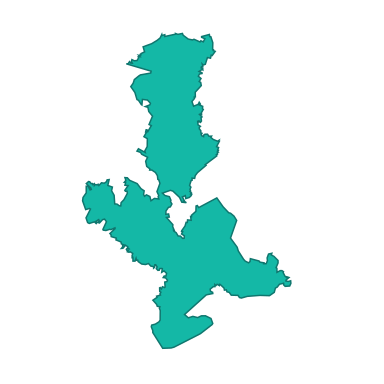 the district of Tantima, Veracruz, Mexico, rotated 276°
{"feature_id": "50627088B30686520493878", "entity_name": "Tantima", "entity_type": "district", "adm_level": 2, "iso_a3": "MEX", "parent_name": "Mexico", "parent_adm1": "Veracruz", "projection": "mercator", "projection_center": [-97.751, 21.414], "detail": "fine", "context": "isolated", "style": "filled", "palette": "teal", "viewbox_px": 384, "rotation_deg": 276, "n_neighbors": 0, "source": "geoboundaries", "source_scale": "gbopen_adm2", "svg_char_len": 6087}
<svg xmlns="http://www.w3.org/2000/svg" viewBox="0 0 384 384"><g transform="rotate(276 192 192)"><path d="M108.7,299.0L111.5,299.9L114.0,299.4L113.1,297.1L113.3,294.7L114.3,294.7L117.1,297.4L117.6,295.2L116.9,295.1L118.1,293.2L121.5,291.0L122.3,291.3L123.2,289.7L123.0,287.9L121.0,284.9L125.0,284.4L125.5,283.5L130.4,285.0L132.9,284.7L136.5,280.3L137.7,277.4L139.4,277.8L138.3,274.6L134.3,273.6L131.5,274.2L128.4,273.2L128.2,270.8L129.1,271.0L129.3,267.0L130.4,265.9L131.8,257.0L128.9,257.0L127.5,255.7L128.8,252.2L130.5,250.3L138.2,244.2L141.8,242.7L150.2,235.1L168.4,239.4L172.4,236.3L174.9,232.6L175.2,230.7L180.5,224.5L188.7,217.3L177.2,200.3L179.1,198.7L178.5,197.5L173.2,197.9L168.8,193.9L167.4,194.1L167.4,193.2L163.8,194.1L163.8,190.5L161.2,190.5L161.2,189.3L157.4,188.6L152.4,185.8L151.7,185.7L151.5,186.9L149.2,186.0L147.6,189.0L145.1,189.0L144.9,187.5L146.9,185.1L146.8,182.8L149.9,180.5L151.3,177.9L152.0,177.6L152.1,178.3L155.5,176.4L157.5,176.4L164.0,169.3L164.7,172.0L167.7,171.0L167.1,168.3L170.4,168.1L174.3,170.2L174.9,172.0L178.0,173.3L180.1,171.7L181.6,171.9L185.0,170.0L185.7,165.4L187.8,162.7L191.4,170.3L190.9,172.9L185.3,180.2L180.8,182.9L180.8,187.5L182.2,184.8L182.5,185.3L186.1,182.9L187.7,185.7L184.8,186.5L186.3,189.9L188.2,191.5L189.7,192.0L189.9,190.8L191.0,191.5L192.3,189.9L192.8,190.5L194.5,189.7L196.7,190.4L198.3,188.9L203.2,189.9L203.7,190.9L205.8,190.6L205.8,193.2L208.6,193.5L211.8,195.4L220.0,203.2L220.6,202.3L230.5,212.9L231.7,212.3L232.3,213.4L234.1,213.1L234.4,213.9L235.1,213.1L236.3,213.9L236.6,213.1L239.0,213.8L239.6,211.7L245.3,213.9L245.3,213.0L246.1,213.3L245.2,212.1L246.5,207.6L248.3,205.0L249.6,205.6L249.2,203.0L251.1,201.4L250.8,198.8L249.7,197.6L248.3,197.7L248.9,195.9L250.1,195.1L251.4,195.8L251.6,194.7L254.0,194.3L255.5,192.7L257.0,192.5L258.2,193.5L259.4,191.0L262.6,190.3L262.4,191.3L263.3,191.1L263.3,191.9L262.2,193.2L263.6,194.0L266.9,193.2L267.7,194.1L270.0,191.3L270.6,192.4L270.2,193.4L271.9,193.1L275.3,194.6L275.9,193.7L278.3,193.7L279.4,190.0L280.4,191.1L282.0,189.8L279.8,189.0L277.5,184.6L282.0,182.5L285.3,184.7L286.6,184.3L286.9,185.4L291.6,184.8L298.8,190.1L301.9,189.2L302.6,187.6L305.8,189.1L307.8,186.2L310.1,187.1L310.9,189.6L311.6,189.5L312.6,186.4L314.9,189.2L314.5,190.0L315.9,189.8L316.4,188.1L317.5,188.3L317.7,189.7L320.2,188.9L319.4,189.8L320.4,191.9L327.3,193.3L327.0,196.4L330.1,196.8L329.8,197.8L334.3,200.4L334.9,198.3L335.7,198.5L336.1,197.6L342.6,197.1L348.4,194.5L348.4,193.4L350.5,192.8L347.6,185.3L346.8,185.4L345.8,188.8L342.5,187.5L343.3,185.0L342.1,184.3L344.1,178.0L343.3,176.6L343.7,172.3L347.0,166.8L348.7,165.9L347.3,161.5L347.9,159.1L347.3,159.3L343.8,148.7L345.6,148.5L344.5,145.8L345.5,145.5L341.9,144.2L339.2,141.5L335.3,136.4L331.3,128.2L326.4,130.2L324.4,126.9L322.9,126.7L323.3,126.1L322.2,125.7L322.3,124.8L321.1,126.2L320.9,124.4L319.7,124.8L317.0,123.6L316.5,120.9L317.4,118.4L315.4,118.1L313.9,119.1L313.9,117.4L315.1,116.2L312.9,115.1L312.6,113.3L307.9,138.7L306.0,138.5L303.1,128.5L301.9,127.0L297.8,122.9L294.0,122.1L290.4,120.1L285.0,124.8L278.2,127.6L277.6,129.2L273.7,132.4L273.3,133.1L278.9,133.0L278.8,138.1L275.9,141.4L274.3,141.0L272.1,136.7L271.6,139.3L267.5,140.6L263.3,144.8L254.6,142.2L253.8,144.6L247.6,141.8L249.1,140.8L249.1,139.9L246.8,139.6L246.8,140.5L242.0,138.4L240.4,142.0L232.5,142.7L228.0,140.8L226.4,141.4L229.4,134.2L226.9,133.0L226.0,136.7L224.3,138.0L221.9,144.2L217.7,142.7L212.7,144.3L210.6,147.7L209.4,147.6L209.6,149.8L207.6,153.6L204.6,155.9L201.0,156.7L200.7,157.6L197.3,159.2L188.7,157.1L185.0,159.3L183.8,158.8L181.6,159.7L181.7,155.3L179.0,152.1L183.1,150.6L184.4,147.0L182.8,145.2L184.5,144.1L188.2,144.3L190.0,140.9L194.6,136.6L197.1,128.8L199.4,126.2L199.3,123.8L196.7,125.0L194.6,123.7L194.7,125.0L191.7,124.6L191.7,127.8L186.6,125.0L185.8,125.7L186.0,127.4L183.8,127.8L177.2,125.1L174.0,122.6L170.7,122.6L170.7,121.1L172.1,118.8L172.1,116.4L180.6,114.9L184.8,111.9L188.6,112.3L189.7,107.6L195.7,108.3L195.2,106.3L193.4,105.9L191.6,103.9L191.7,101.0L188.7,98.7L189.9,97.8L189.2,97.2L189.3,94.9L188.3,94.2L190.0,93.9L189.0,92.6L190.0,92.1L189.8,90.8L191.5,89.2L191.6,88.0L189.3,86.0L185.5,90.9L184.0,91.6L183.4,90.4L187.0,88.0L186.7,86.2L180.1,86.9L175.2,84.2L171.8,84.1L163.4,88.1L164.9,91.7L164.4,92.8L155.2,89.3L150.7,91.4L150.0,93.1L152.1,98.1L150.6,100.0L151.8,100.7L152.9,99.6L154.8,102.1L153.5,102.8L151.9,101.4L151.5,103.2L155.2,106.0L155.9,107.9L153.5,110.0L145.5,107.3L144.8,107.7L144.7,110.4L146.3,114.1L146.1,115.3L148.3,119.1L147.5,119.3L142.1,114.7L141.1,115.9L139.2,116.3L138.2,121.5L136.4,121.4L134.9,126.6L133.0,127.2L132.3,129.8L131.6,128.6L130.2,128.8L128.5,127.7L128.8,129.2L132.1,131.5L130.8,133.9L129.8,133.8L129.2,134.7L129.1,133.3L128.1,132.7L126.9,133.6L127.3,134.7L125.8,134.0L125.5,135.7L126.1,136.7L124.7,139.5L122.0,139.0L121.1,139.9L120.3,139.3L120.0,140.2L117.1,140.5L117.3,142.6L120.2,143.3L118.3,144.0L118.6,145.1L117.2,145.7L115.1,149.5L115.0,153.3L116.3,156.2L114.0,158.8L113.8,161.6L112.3,161.8L113.2,162.7L115.7,162.6L115.9,163.5L113.8,165.2L112.0,164.5L110.5,166.3L110.8,167.6L112.5,168.0L112.8,169.9L112.7,170.5L109.0,170.3L110.6,172.4L108.5,175.2L105.7,174.9L105.5,173.1L103.9,172.3L103.8,174.8L101.7,176.8L100.3,176.4L99.6,174.3L94.7,175.2L94.1,174.7L94.7,172.5L92.4,171.8L93.7,170.4L93.3,169.8L89.7,170.3L89.1,171.5L87.3,170.8L86.2,171.4L84.7,167.7L83.6,168.3L80.3,164.4L76.5,168.6L74.7,169.4L74.5,172.1L72.9,171.7L70.8,172.8L61.3,173.7L59.4,172.7L56.8,169.4L55.4,165.8L53.7,165.6L50.0,167.5L48.1,167.7L33.5,179.2L34.7,187.5L35.8,190.3L52.0,215.2L62.2,225.8L63.4,226.4L68.2,224.1L70.3,218.3L69.8,214.2L67.7,210.8L68.4,205.9L66.5,201.5L69.4,197.4L91.2,217.0L93.2,223.3L94.4,223.0L95.2,220.8L97.3,220.2L100.1,223.1L100.3,224.7L102.3,224.4L101.5,225.6L102.8,226.6L101.8,229.0L103.1,229.0L103.0,229.7L99.8,233.9L97.8,234.5L98.3,236.4L96.4,237.2L96.0,239.6L93.5,241.8L94.0,248.6L92.0,250.2L91.7,252.2L94.0,257.9L96.3,270.4L97.0,279.9L100.8,284.3L105.2,285.0L106.3,286.7L109.4,288.6L110.8,292.6L109.2,292.9L107.9,294.5L108.7,299.0Z" fill="#14b8a6" stroke="#0f766e" stroke-width="1.5"/></g></svg>